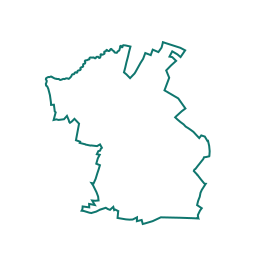 outline of John Taolo Gaetsewe, Northern Cape, South Africa, rotated 15°
{"feature_id": "47623444B84629172160693", "entity_name": "John Taolo Gaetsewe", "entity_type": "district", "adm_level": 2, "iso_a3": "ZAF", "parent_name": "South Africa", "parent_adm1": "Northern Cape", "projection": "robinson", "projection_center": [22.441, -26.985], "detail": "fine", "context": "isolated", "style": "outline", "palette": "teal", "viewbox_px": 256, "rotation_deg": 15, "n_neighbors": 0, "source": "geoboundaries", "source_scale": "gbopen_adm2", "svg_char_len": 5068}
<svg xmlns="http://www.w3.org/2000/svg" viewBox="0 0 256 256"><g transform="rotate(15 128 128)"><path d="M103.7,48.8L103.4,49.0L102.6,49.1L102.3,49.2L102.0,49.3L101.9,49.4L101.8,49.6L101.7,49.7L101.6,50.0L101.7,50.3L101.7,50.8L101.6,51.4L101.2,51.6L100.8,51.4L100.6,51.3L100.4,50.9L100.2,50.7L99.8,50.5L99.5,50.7L99.3,51.2L99.3,51.3L99.4,51.5L99.5,51.8L99.6,52.0L99.5,53.0L99.5,53.4L99.5,53.5L99.5,54.5L99.5,55.2L99.2,55.7L99.0,55.9L98.8,56.1L98.3,56.6L98.1,57.1L98.0,57.6L97.9,57.9L97.9,58.0L97.5,58.3L97.3,58.4L96.8,58.4L96.4,58.5L96.0,58.5L95.6,58.5L95.3,58.3L95.0,58.0L94.8,57.8L94.6,57.6L94.3,57.4L93.9,57.2L93.3,57.1L93.0,57.0L92.3,56.6L91.9,56.2L91.7,56.1L91.3,56.0L91.1,56.1L90.9,56.2L90.8,56.4L90.7,56.5L90.5,57.1L90.3,58.0L89.7,58.6L88.9,58.7L88.6,58.6L88.2,58.5L87.5,58.1L87.2,58.1L87.1,58.3L86.9,58.5L86.8,59.4L86.7,59.5L86.3,59.8L85.7,60.1L85.4,60.4L85.4,60.6L85.4,60.8L85.4,61.0L85.9,61.7L86.0,61.9L86.0,62.3L85.9,62.5L85.7,62.7L85.6,62.8L85.2,63.2L84.9,63.4L84.6,63.7L84.4,63.8L83.9,63.9L83.1,63.7L82.8,63.8L82.6,63.9L82.5,64.1L82.5,64.3L82.9,65.3L82.9,66.5L82.9,66.9L82.8,67.2L82.6,67.5L82.3,67.7L82.0,67.7L81.7,67.7L81.0,67.2L80.7,67.0L80.4,67.1L79.7,67.2L79.3,67.4L79.2,67.5L79.0,67.8L78.7,68.8L78.6,69.0L78.2,69.2L77.8,69.2L77.0,69.0L76.8,68.8L76.5,68.8L75.8,69.0L75.5,69.1L75.2,69.3L74.5,69.4L73.7,69.5L73.1,69.8L72.8,70.2L72.8,70.5L72.7,70.9L72.8,71.2L72.9,71.5L72.6,71.9L72.3,72.1L71.9,72.2L71.8,72.3L71.4,72.6L71.1,72.9L70.9,73.1L69.7,73.6L69.4,73.8L69.2,73.9L69.1,74.3L69.0,74.6L69.1,74.8L69.5,75.4L69.7,75.6L69.8,76.0L69.8,76.6L69.6,77.0L68.9,77.4L68.5,77.6L68.4,77.7L68.3,77.9L68.3,78.4L68.3,78.8L68.5,79.4L68.6,79.6L68.7,79.9L68.6,80.0L68.6,80.4L68.4,80.7L68.3,80.8L68.2,80.9L67.5,81.2L67.2,81.4L66.7,82.0L66.5,82.4L66.6,82.7L66.6,82.8L66.7,83.0L67.1,83.4L67.1,83.5L67.1,83.8L66.9,84.3L66.7,84.5L66.2,84.8L65.8,85.0L65.3,85.2L64.8,85.6L64.7,85.7L64.6,85.9L64.5,86.5L64.6,87.2L64.6,87.5L64.3,87.8L64.0,87.9L63.8,87.9L63.5,87.8L63.4,87.7L63.1,87.7L63.0,87.8L62.6,88.0L62.3,88.4L62.2,88.5L62.2,88.8L62.1,89.6L61.8,90.0L61.7,90.1L61.2,90.3L60.9,90.3L60.5,90.5L60.3,90.8L60.2,90.9L60.1,91.1L60.0,91.5L59.9,92.4L59.7,93.2L59.5,93.5L59.1,94.3L58.2,95.7L58.1,95.8L57.9,95.9L57.7,95.9L57.1,95.8L56.5,95.8L55.9,95.9L55.7,96.0L55.2,96.2L55.0,96.3L54.6,96.7L54.5,96.8L54.3,97.0L54.2,97.1L53.9,97.1L53.5,97.2L53.0,97.3L52.9,97.3L52.5,97.5L51.8,98.1L50.6,98.9L50.4,99.0L50.1,99.1L49.7,99.1L49.4,99.0L49.1,98.8L48.9,98.8L48.5,98.6L48.4,98.6L48.1,98.7L47.7,98.8L46.5,99.1L46.2,99.0L45.8,99.0L45.6,99.0L45.4,99.1L45.0,99.2L44.5,99.1L43.8,99.0L42.9,98.8L42.6,98.7L42.0,98.6L41.9,98.5L41.7,98.6L41.2,98.4L40.8,98.2L40.5,98.2L40.3,98.2L39.8,98.5L39.1,99.1L38.1,99.3L37.9,99.4L37.4,99.7L36.2,100.9L36.2,101.0L36.0,101.4L36.0,101.5L36.1,102.3L37.2,103.3L37.4,103.9L37.4,104.1L37.4,105.3L37.3,106.1L37.2,106.5L37.4,107.1L37.7,107.6L37.9,108.2L38.0,108.3L39.2,108.7L40.9,110.8L44.1,116.5L46.9,123.1L47.7,125.6L50.4,124.7L53.0,131.0L54.1,131.6L54.1,139.5L56.5,138.2L58.8,138.2L63.9,136.1L65.3,133.3L65.9,132.1L68.8,135.8L69.6,137.3L70.6,138.0L72.1,136.2L73.9,133.0L79.6,136.5L80.7,150.8L80.9,153.3L85.3,153.6L85.2,154.9L90.9,154.8L91.6,155.0L92.4,154.9L96.3,154.7L96.8,154.4L102.8,153.5L105.2,151.1L107.9,153.9L107.1,155.2L106.9,157.1L105.3,158.1L104.7,161.4L107.6,161.2L106.7,165.1L106.6,170.7L110.5,171.2L110.4,174.9L110.1,179.7L109.9,185.5L109.1,190.4L107.0,190.6L109.0,192.3L114.2,198.2L116.9,202.0L118.3,205.6L115.1,206.8L112.1,207.3L115.9,211.0L110.1,211.4L111.1,214.7L104.5,215.5L105.0,218.3L104.6,219.9L106.9,219.6L112.7,219.8L114.7,219.6L115.4,219.1L116.4,218.5L118.9,217.0L121.8,214.4L124.5,212.6L124.4,212.6L127.2,210.8L129.5,211.5L131.8,211.7L133.0,209.8L134.2,208.0L135.9,210.9L136.7,210.1L140.1,210.8L140.1,211.1L141.2,217.6L149.6,216.8L153.3,216.1L156.2,215.2L159.8,212.0L160.7,215.7L165.0,213.3L167.1,216.9L169.4,215.6L175.9,211.6L182.8,205.8L201.2,201.3L207.2,199.9L210.3,199.2L213.7,198.4L219.3,197.2L219.2,197.1L219.3,197.1L218.0,194.0L218.2,193.0L218.5,191.3L218.9,189.3L218.9,189.1L219.0,188.9L220.0,186.4L214.7,184.6L214.6,180.6L214.8,178.3L215.1,175.9L214.8,171.8L215.3,168.7L217.5,161.8L216.5,162.0L215.8,161.7L212.0,159.0L208.6,156.4L207.1,155.2L206.9,155.3L206.2,154.7L202.7,152.5L202.9,151.0L203.8,150.0L204.2,149.0L205.4,146.1L206.0,144.8L207.2,142.0L208.6,138.8L208.8,138.2L209.0,136.6L211.0,135.8L213.8,134.3L213.8,133.8L212.9,129.3L211.0,124.2L208.6,119.7L208.1,120.0L204.4,116.4L200.7,116.2L199.4,119.3L195.5,116.9L193.0,115.3L192.2,114.8L189.4,113.7L186.3,112.6L183.3,111.7L180.8,110.1L177.2,108.7L173.4,106.9L170.8,105.5L171.4,104.4L175.5,98.0L178.4,94.3L171.4,88.5L168.9,86.4L153.5,82.2L154.8,68.8L150.0,62.5L153.4,56.4L157.1,50.7L152.4,48.1L149.6,48.3L150.9,42.5L156.7,44.1L160.4,45.9L163.1,38.2L157.8,37.0L139.5,36.1L139.6,37.6L139.6,41.7L137.7,46.8L131.6,45.9L131.1,51.7L125.3,51.1L124.7,57.3L123.3,61.7L120.7,72.1L120.2,73.7L117.1,79.3L112.6,76.6L109.7,75.3L109.7,70.4L109.5,65.0L109.5,58.8L109.3,54.2L109.3,51.0L109.3,50.4L109.3,48.7L103.8,48.9L103.6,48.9L103.7,48.8Z" fill="none" stroke="#0f766e" stroke-width="2"/></g></svg>